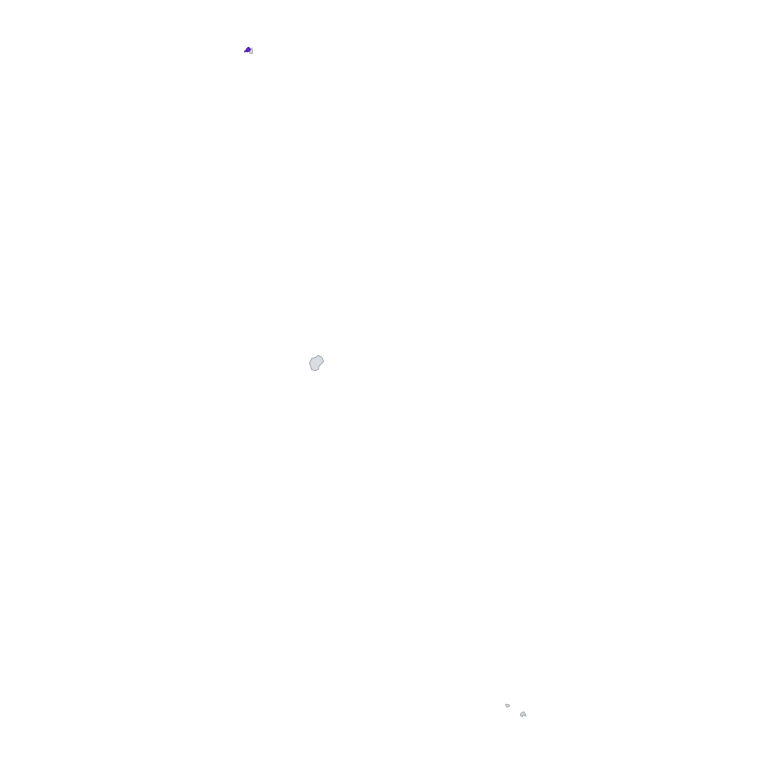 location of Lelu, Kosrae, Federated States of Micronesia, rotated 234°
{"feature_id": "79324940B37039931365827", "entity_name": "Lelu", "entity_type": "district", "adm_level": 2, "iso_a3": "FSM", "parent_name": "Federated States of Micronesia", "parent_adm1": "Kosrae", "projection": "equal_earth", "projection_center": [163.023, 5.336], "detail": "fine", "context": "in_parent", "style": "filled", "palette": "violet", "viewbox_px": 768, "rotation_deg": 234, "n_neighbors": 0, "source": "geoboundaries", "source_scale": "gbopen_adm2", "svg_char_len": 1619}
<svg xmlns="http://www.w3.org/2000/svg" viewBox="0 0 768 768"><g transform="rotate(234 384 384)"><path d="M446.0,347.4L442.4,349.3L437.9,348.5L436.5,341.7L434.5,339.9L435.0,336.6L438.1,333.9L444.8,336.1L447.2,340.9L445.6,344.0L446.0,347.4ZM36.9,303.4L36.4,304.5L32.7,304.1L32.1,303.5L32.5,303.0L34.3,302.5L34.5,301.0L33.6,300.7L34.4,299.9L35.8,299.7L36.7,300.7L37.1,302.0L36.9,303.4ZM732.7,470.6L733.3,474.6L729.4,472.6L728.8,471.2L731.1,469.8L732.7,470.6ZM51.3,296.3L50.3,296.7L49.8,296.3L50.0,294.2L50.4,293.5L51.4,293.4L53.1,294.0L53.3,294.5L51.3,296.3Z" fill="#d9dde1" stroke="#a8b0b8" stroke-width="1"/><path d="M735.7,472.2L735.8,472.1L735.8,471.9L735.8,471.6L735.9,471.4L735.7,471.2L735.6,470.9L735.4,470.9L735.4,471.0L735.2,471.1L734.9,471.1L734.9,470.9L734.7,470.9L734.6,470.7L734.7,470.4L734.6,470.2L734.6,469.9L734.6,469.7L734.8,469.5L734.9,469.4L734.9,469.2L735.0,469.0L735.0,468.9L735.1,468.7L735.0,468.4L735.0,468.2L735.0,467.9L735.0,467.7L735.0,467.4L734.9,467.3L734.9,467.2L734.7,467.0L734.5,467.6L734.3,467.7L734.2,467.8L734.1,468.0L734.0,468.3L733.6,468.5L733.4,468.9L733.3,469.0L733.3,469.5L733.2,469.6L733.2,469.8L733.0,470.0L733.0,470.3L732.9,470.4L732.9,470.5L732.7,470.7L732.7,470.8L732.8,470.9L732.8,471.0L732.8,471.3L732.8,471.5L733.0,471.8L733.4,471.8L733.8,472.3L733.8,472.5L734.5,472.5L734.5,472.4L734.5,472.2L734.8,472.0L735.1,471.8L735.2,471.7L735.4,472.0L735.5,472.2L735.7,472.2ZM735.7,470.4L735.7,470.2L735.6,469.9L735.4,469.9L735.2,469.9L734.9,469.9L734.9,470.0L735.0,470.1L735.3,470.2L735.3,470.3L735.5,470.4L735.7,470.4Z" fill="#8b5cf6" stroke="#5b21b6" stroke-width="1.5"/></g></svg>